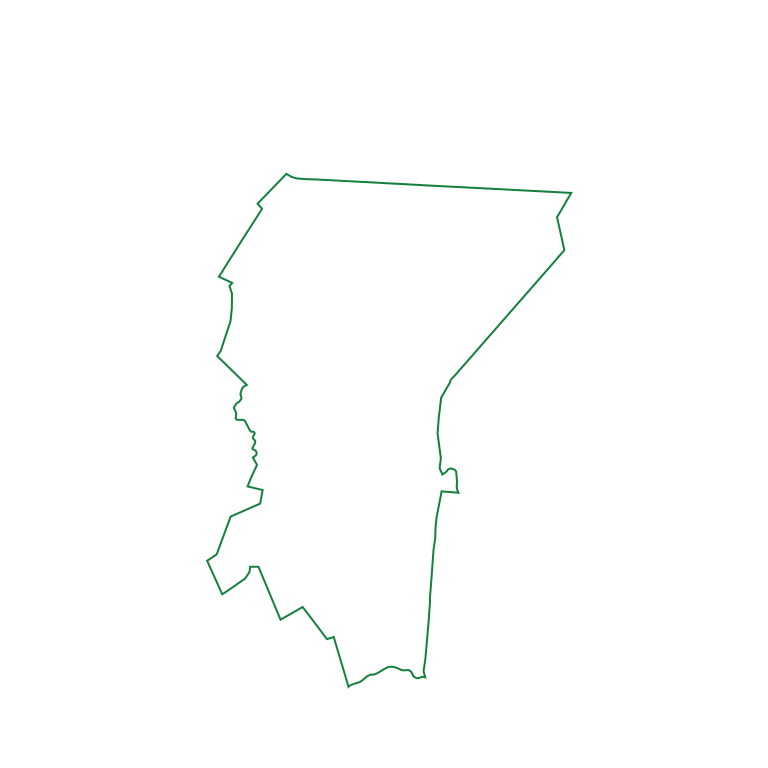 outline of Olari, Arad, Romania, rotated 127°
{"feature_id": "2599482B34473248507374", "entity_name": "Olari", "entity_type": "district", "adm_level": 2, "iso_a3": "ROU", "parent_name": "Romania", "parent_adm1": "Arad", "projection": "robinson", "projection_center": [21.573, 46.398], "detail": "fine", "context": "isolated", "style": "outline", "palette": "green", "viewbox_px": 768, "rotation_deg": 127, "n_neighbors": 0, "source": "geoboundaries", "source_scale": "gbopen_adm2", "svg_char_len": 2650}
<svg xmlns="http://www.w3.org/2000/svg" viewBox="0 0 768 768"><g transform="rotate(127 384 384)"><path d="M462.1,534.0L462.9,527.2L463.0,526.2L463.9,519.6L467.3,493.0L468.4,493.5L469.8,494.3L471.5,494.6L473.3,494.5L475.3,493.9L477.4,493.1L478.9,492.2L479.5,491.0L480.5,490.0L481.3,489.1L482.3,489.0L483.7,489.0L485.0,488.9L486.0,489.1L487.1,489.7L488.5,490.1L491.2,489.9L492.8,489.7L493.8,488.9L495.6,485.2L497.5,483.6L499.4,482.6L500.6,481.8L501.2,480.8L501.1,480.1L500.5,479.1L500.0,478.4L499.5,477.7L497.3,474.7L497.1,472.9L499.6,467.7L501.7,463.4L502.1,461.7L501.7,460.8L500.9,459.9L500.5,459.2L500.9,458.2L501.3,457.4L502.4,457.2L504.4,457.1L505.7,456.5L506.1,456.1L506.5,455.3L506.7,453.9L506.8,452.9L508.0,451.8L509.5,451.2L511.0,451.2L512.5,450.8L514.4,450.5L515.1,449.7L515.0,448.9L514.6,447.7L514.5,446.5L514.9,445.4L515.4,444.5L517.0,443.5L518.1,443.4L520.4,444.0L521.0,444.3L521.6,444.5L521.9,444.1L525.0,436.7L538.9,433.8L547.9,431.3L541.7,417.1L554.0,410.9L582.1,426.7L620.8,415.1L631.6,418.9L649.3,386.6L637.1,382.4L622.7,377.8L615.1,378.3L610.5,380.9L605.5,374.3L634.5,324.8L611.1,314.8L613.1,307.2L622.1,276.0L616.3,271.9L636.6,244.4L647.2,230.1L645.9,230.0L643.3,228.6L640.1,226.6L638.5,225.2L636.1,223.7L632.3,222.6L627.5,221.6L624.0,219.6L622.9,218.1L621.7,216.9L619.0,215.3L616.2,214.1L612.4,212.7L607.7,210.4L605.1,207.7L603.7,204.9L602.9,202.5L602.4,200.0L602.0,198.2L601.2,196.4L599.5,194.2L598.2,193.1L597.5,191.4L597.5,190.0L597.5,188.9L597.8,188.3L598.7,186.4L599.7,184.6L599.7,182.8L599.0,180.5L597.2,178.6L594.9,177.4L593.5,174.5L589.9,179.2L588.0,180.4L578.7,185.5L547.5,205.0L529.8,216.5L528.7,217.6L512.1,228.2L485.9,245.1L476.6,250.1L468.0,256.2L458.7,261.9L449.9,266.1L442.5,269.7L435.1,273.4L427.4,261.3L426.1,259.1L424.7,261.3L423.5,263.0L421.4,264.8L418.7,266.3L417.6,267.3L413.8,270.7L410.8,273.4L410.3,274.2L409.9,275.5L410.1,276.5L410.6,278.7L411.9,280.5L413.5,281.4L414.8,281.4L416.3,281.4L417.7,281.7L421.1,282.9L417.8,288.9L409.2,293.8L391.0,311.7L390.2,312.1L378.9,319.4L360.5,330.1L343.4,332.2L340.6,333.2L335.4,332.6L265.5,327.5L185.8,321.7L176.8,321.1L172.6,320.8L168.9,320.5L168.6,320.5L159.1,331.6L147.4,345.3L146.7,346.2L146.3,346.2L146.1,346.3L143.9,346.5L131.7,347.9L128.1,348.4L123.7,348.9L121.5,349.1L120.3,349.3L119.8,349.3L118.7,349.5L119.6,350.7L123.6,356.7L163.0,415.1L198.0,466.9L260.2,559.4L268.5,571.3L272.4,577.6L274.2,582.3L274.9,588.4L316.1,593.5L317.5,586.8L355.6,583.9L382.2,581.7L397.7,580.4L394.6,566.1L398.7,566.4L403.4,559.7L415.4,550.9L424.5,545.4L426.7,544.2L443.6,538.5L455.6,534.4L458.1,534.2L459.5,534.2L462.1,534.0Z" fill="none" stroke="#15803d" stroke-width="2"/></g></svg>